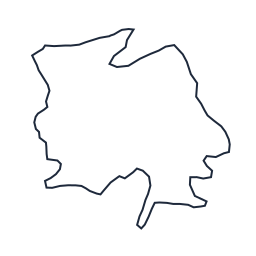 Acheritou, Cyprus, rotated 276°
{"feature_id": "46923920B61147384181121", "entity_name": "Acheritou", "entity_type": "district", "adm_level": 2, "iso_a3": "CYP", "parent_name": "Cyprus", "parent_adm1": "", "projection": "albers", "projection_center": [33.854, 35.105], "detail": "fine", "context": "isolated", "style": "outline", "palette": "slate", "viewbox_px": 256, "rotation_deg": 276, "n_neighbors": 0, "source": "geoboundaries", "source_scale": "gbopen_adm2", "svg_char_len": 1516}
<svg xmlns="http://www.w3.org/2000/svg" viewBox="0 0 256 256"><g transform="rotate(276 128 128)"><path d="M109.1,41.1L104.9,47.9L101.1,48.7L93.6,49.8L88.6,51.0L88.3,61.2L85.2,65.0L79.9,64.6L74.6,61.2L70.1,56.3L66.7,51.0L60.2,53.2L60.4,56.2L60.6,58.9L63.3,66.5L64.8,74.5L65.5,82.1L65.5,87.8L63.6,92.4L61.4,96.6L59.5,103.8L59.1,107.6L63.2,110.3L72.0,116.4L79.2,124.4L77.6,130.1L84.5,137.7L88.6,141.1L87.1,147.2L81.8,154.0L73.1,156.3L64.4,154.8L58.3,152.9L48.1,151.0L41.3,148.7L32.6,147.2L29.5,151.7L33.7,154.8L42.0,157.8L50.0,160.1L56.4,162.4L57.2,167.0L57.6,174.6L57.2,181.0L57.9,187.5L57.9,195.9L56.0,201.6L57.5,208.4L58.7,212.6L63.2,213.8L67.4,201.6L78.0,195.5L85.6,195.1L86.3,201.6L85.6,208.1L87.8,215.7L94.3,216.1L98.5,210.4L103.4,206.6L108.3,209.2L108.3,218.4L112.9,226.0L114.7,230.9L122.3,230.9L127.3,229.4L134.4,225.2L139.4,220.6L144.3,212.6L148.8,205.8L153.4,202.4L159.8,198.2L166.3,192.5L179.8,192.1L188.1,184.9L199.9,179.6L207.0,174.8L215.3,165.3L212.9,157.0L208.2,150.5L204.1,142.7L198.1,132.6L189.9,121.9L187.5,110.6L189.8,102.9L198.1,106.5L208.2,117.2L215.3,117.8L226.5,123.2L226.5,118.3L225.0,111.8L223.8,109.9L219.6,104.2L218.1,100.8L217.4,100.0L214.7,90.4L208.8,76.8L205.8,70.8L204.0,62.5L203.4,56.6L201.7,45.9L201.4,36.9L197.7,35.0L194.3,30.4L190.1,25.1L185.2,28.1L181.0,30.8L176.1,33.1L172.3,36.1L167.4,39.9L162.5,43.7L156.8,46.0L151.9,44.9L145.8,43.7L140.5,45.6L137.5,42.6L132.9,36.9L129.5,35.0L123.8,34.2L117.4,36.5L114.8,39.9L109.1,41.1Z" fill="none" stroke="#1e293b" stroke-width="2"/></g></svg>